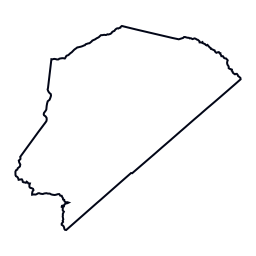 Eldorado do Carajás, Pará, Brazil
{"feature_id": "56859067B11338403057806", "entity_name": "Eldorado do Carajás", "entity_type": "district", "adm_level": 2, "iso_a3": "BRA", "parent_name": "Brazil", "parent_adm1": "Pará", "projection": "orthographic", "projection_center": [-49.273, -6.12], "detail": "fine", "context": "isolated", "style": "outline", "palette": "ink", "viewbox_px": 256, "rotation_deg": 0, "n_neighbors": 0, "source": "geoboundaries", "source_scale": "gbopen_adm2", "svg_char_len": 3146}
<svg xmlns="http://www.w3.org/2000/svg" viewBox="0 0 256 256"><path d="M66.2,230.0L97.1,202.8L100.6,199.8L122.3,180.7L131.1,173.0L132.2,173.2L154.6,153.9L159.4,149.7L161.9,147.5L166.2,143.8L194.2,119.4L200.9,113.7L202.0,112.7L207.4,108.0L211.8,104.3L215.2,101.4L227.0,91.2L236.3,83.1L240.6,79.3L240.4,77.9L238.8,76.5L238.0,75.9L237.7,74.9L236.9,73.9L235.8,73.9L235.0,74.3L233.6,73.4L232.7,72.5L232.6,71.5L231.7,70.7L231.9,69.6L231.1,69.3L229.6,68.8L228.7,68.2L228.7,66.8L228.3,65.8L227.6,64.9L227.2,63.8L227.1,62.5L227.3,61.4L227.7,60.3L226.1,58.5L225.1,58.4L223.9,57.8L223.5,57.0L222.9,56.2L221.4,56.2L221.0,55.0L220.3,54.1L220.4,53.2L219.3,52.9L218.8,52.1L217.4,52.4L216.4,52.8L215.6,52.2L214.9,51.3L214.6,50.4L213.6,50.0L211.7,49.1L210.9,48.9L210.6,47.9L209.7,47.5L209.0,46.6L208.2,45.8L207.5,44.9L206.6,45.4L205.7,44.9L205.0,44.1L202.7,43.1L202.4,42.1L201.5,42.6L200.7,42.4L199.6,42.4L199.4,41.2L197.8,39.8L196.9,39.6L196.2,39.1L195.3,38.6L194.3,38.4L193.5,38.8L192.4,39.1L191.6,38.6L190.8,38.2L189.8,38.4L188.9,37.8L187.3,37.7L185.9,37.3L185.0,37.0L183.9,37.1L183.3,37.8L182.3,38.2L181.3,38.5L178.8,39.3L172.6,38.0L137.9,29.9L135.8,29.4L121.8,26.0L120.7,26.8L120.4,27.7L119.4,27.9L118.4,28.5L117.3,28.3L116.4,28.7L115.2,29.7L114.4,30.9L113.3,31.3L112.2,32.0L111.6,32.9L110.6,33.8L109.5,34.2L108.3,34.5L107.4,34.3L106.4,34.9L105.3,35.0L104.2,34.8L102.6,35.1L100.9,35.2L99.8,36.2L98.9,37.1L97.7,37.8L96.6,38.3L95.2,39.3L94.3,39.7L93.4,40.1L92.3,40.6L91.7,41.4L89.5,43.2L88.2,43.4L87.0,43.8L85.6,44.3L84.9,45.2L83.8,45.5L82.6,46.1L81.4,46.5L80.4,46.8L79.3,47.0L78.3,47.3L77.3,47.4L76.6,48.0L75.0,49.1L74.1,49.8L71.7,52.3L70.5,53.1L69.4,54.1L68.7,54.8L67.9,55.3L66.6,55.7L65.9,56.6L65.5,57.6L64.8,58.5L63.2,58.2L62.1,58.2L60.2,58.5L59.3,58.7L58.5,59.4L57.0,59.5L56.1,59.2L54.5,58.9L53.5,59.0L52.3,59.4L51.4,59.2L48.0,88.0L47.6,89.5L48.1,90.8L48.5,91.7L49.6,93.1L50.8,94.1L51.0,95.7L50.5,97.4L49.6,99.7L47.7,101.3L47.1,103.5L46.7,105.7L46.3,109.6L45.6,110.8L44.0,112.9L43.7,114.2L44.0,115.2L45.6,116.4L46.6,117.9L46.7,119.6L46.4,121.1L45.8,122.0L38.0,132.4L20.2,156.9L20.5,158.0L20.3,159.3L18.8,160.5L19.2,162.4L20.3,164.5L19.9,166.5L17.7,168.3L17.3,169.6L16.0,170.3L15.4,171.8L15.5,175.1L16.0,176.2L17.3,176.9L18.2,178.3L18.6,179.8L20.3,179.5L21.8,179.3L22.5,180.4L22.8,181.9L23.6,182.3L24.6,182.4L25.9,182.8L26.7,181.7L27.7,182.5L28.3,183.4L29.9,183.5L29.4,185.0L29.4,186.8L30.3,187.9L31.5,188.1L33.0,188.8L33.5,190.1L32.5,191.4L32.1,193.3L32.1,194.7L34.0,194.4L35.1,194.6L36.4,194.3L38.1,193.3L39.2,193.2L40.5,193.7L41.8,193.9L42.9,194.0L44.2,193.5L46.4,193.2L47.9,193.6L49.8,193.6L51.2,194.4L52.9,194.8L54.8,195.0L56.2,194.7L57.1,194.4L58.2,194.1L59.3,194.1L60.3,195.7L61.7,195.8L62.1,196.9L62.8,197.9L63.1,199.5L64.2,199.8L64.3,200.8L64.8,201.7L65.9,202.3L67.4,202.2L68.6,202.6L67.4,203.2L65.8,203.5L64.7,204.2L64.2,205.1L64.0,206.0L63.1,205.5L62.0,205.8L61.7,206.9L62.9,207.6L62.7,209.2L62.8,210.5L63.9,211.7L63.3,212.8L62.8,214.0L62.9,215.3L62.7,216.4L63.0,218.1L63.3,219.3L62.7,220.7L63.1,221.9L61.7,223.6L61.7,224.8L62.7,225.4L63.6,226.3L64.1,227.5L64.3,228.8L65.0,229.8L66.2,230.0Z" fill="none" stroke="#020617" stroke-width="2"/></svg>